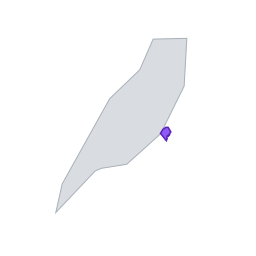 location of Ngermetengel, Palau, rotated 201°
{"feature_id": "81905179B39687877092944", "entity_name": "Ngermetengel", "entity_type": "district", "adm_level": 2, "iso_a3": "PLW", "parent_name": "Palau", "parent_adm1": "", "projection": "natural_earth1", "projection_center": [134.5, 7.522], "detail": "fine", "context": "in_parent", "style": "filled", "palette": "violet", "viewbox_px": 256, "rotation_deg": 201, "n_neighbors": 0, "source": "geoboundaries", "source_scale": "gbopen_adm2", "svg_char_len": 1162}
<svg xmlns="http://www.w3.org/2000/svg" viewBox="0 0 256 256"><g transform="rotate(201 128 128)"><path d="M136.4,220.0L105.2,232.8L90.6,187.2L95.5,134.3L116.2,93.7L138.6,80.7L143.3,76.0L165.1,23.2L169.4,52.3L155.6,148.9L137.9,186.5L136.4,220.0Z" fill="#d9dde1" stroke="#a8b0b8" stroke-width="1"/><path d="M87.6,129.9L87.6,130.0L87.7,130.3L87.8,130.3L87.7,130.4L87.7,130.5L87.8,130.7L87.7,130.8L87.7,131.0L87.6,131.3L87.6,131.5L87.7,131.8L87.7,132.0L87.8,132.0L87.9,132.3L87.9,132.5L88.0,132.7L88.1,132.8L88.2,133.0L88.3,133.2L88.4,133.4L88.4,133.6L88.5,133.9L88.5,134.0L88.4,134.1L88.3,134.3L88.3,134.5L88.4,134.8L88.2,134.9L87.9,135.0L87.7,135.3L87.8,135.3L87.7,135.4L87.2,135.1L87.1,134.9L87.0,135.0L86.9,134.9L87.0,135.0L87.3,135.2L87.4,135.4L87.4,135.5L87.4,135.8L87.5,135.9L87.5,136.0L87.4,136.0L87.2,136.0L87.0,136.3L87.0,136.2L86.9,136.2L86.9,136.3L86.9,136.5L87.0,136.5L86.9,136.6L87.0,136.7L87.0,136.8L87.0,137.0L87.2,137.3L87.2,137.5L87.2,137.8L87.1,138.0L87.0,138.3L86.9,138.5L86.8,138.8L86.7,139.0L86.6,139.3L86.7,139.5L86.7,139.8L90.8,143.0L92.9,142.2L94.9,139.2L95.8,134.6L87.6,129.9Z" fill="#8b5cf6" stroke="#5b21b6" stroke-width="1.5"/></g></svg>